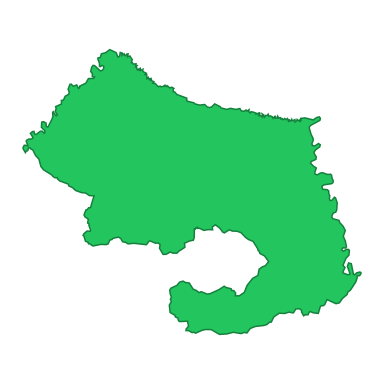 the district of Makhoalipana, Maseru, Lesotho
{"feature_id": "5366337B32036214751587", "entity_name": "Makhoalipana", "entity_type": "district", "adm_level": 2, "iso_a3": "LSO", "parent_name": "Lesotho", "parent_adm1": "Maseru", "projection": "natural_earth1", "projection_center": [28.011, -29.76], "detail": "fine", "context": "isolated", "style": "filled", "palette": "green", "viewbox_px": 384, "rotation_deg": 0, "n_neighbors": 0, "source": "geoboundaries", "source_scale": "gbopen_adm2", "svg_char_len": 5928}
<svg xmlns="http://www.w3.org/2000/svg" viewBox="0 0 384 384"><path d="M176.9,253.2L178.7,251.3L184.9,247.3L184.5,243.3L189.1,241.1L193.4,240.2L194.2,237.5L194.4,228.8L195.4,229.1L195.9,227.9L196.8,228.1L197.2,227.4L197.8,228.4L199.1,228.1L203.8,230.4L208.1,229.6L212.6,229.8L212.3,227.0L215.4,224.8L219.7,228.1L222.7,232.1L224.4,232.9L229.3,229.8L232.4,231.1L236.9,231.2L241.1,232.7L245.5,237.4L248.6,239.6L253.0,241.3L257.4,248.2L258.3,250.8L259.2,251.1L259.9,253.5L264.5,255.9L268.6,261.6L265.4,265.7L262.4,266.8L259.1,269.2L257.9,275.5L252.6,278.4L247.1,285.4L244.3,292.4L239.3,295.8L235.4,295.8L235.6,293.0L233.8,290.6L231.6,290.4L231.1,288.7L226.0,287.5L224.2,286.2L219.0,289.6L210.3,293.6L207.4,294.1L201.1,291.7L199.0,292.6L196.4,290.5L193.1,289.1L189.3,283.0L185.5,282.5L183.0,281.1L179.6,282.1L176.9,285.4L171.0,288.1L169.8,289.9L170.1,293.5L171.4,297.3L170.4,299.1L171.3,301.7L169.3,305.1L170.1,312.5L175.0,315.3L175.3,316.9L177.9,318.1L178.5,320.8L179.7,321.6L187.5,321.2L188.5,326.3L186.2,328.9L186.0,330.6L188.8,330.7L192.0,332.6L194.2,332.3L195.6,333.2L202.1,330.3L205.7,329.5L211.2,329.6L219.5,334.4L227.0,333.9L233.4,332.3L241.2,333.6L244.2,332.4L246.9,333.0L250.2,328.6L251.6,327.9L255.6,326.4L263.8,325.5L266.8,324.6L269.7,322.1L271.3,322.1L273.8,316.9L279.3,313.2L284.7,313.5L289.1,312.1L292.8,312.9L293.5,312.8L295.8,309.0L299.3,308.7L301.5,310.2L301.6,312.1L303.6,315.8L305.3,314.7L307.9,314.9L309.3,312.1L310.5,311.6L313.0,312.8L318.3,313.4L320.2,306.9L321.0,305.7L323.0,305.8L324.7,304.7L327.0,299.6L336.0,303.7L339.3,302.9L342.5,298.4L347.0,294.6L347.9,291.9L350.2,290.4L352.8,286.6L355.9,281.7L357.2,277.7L356.9,276.0L359.7,275.6L361.0,273.6L360.9,272.5L359.8,272.0L356.6,272.9L354.6,274.7L353.5,274.4L351.3,263.7L348.6,262.9L347.4,266.2L350.0,273.8L349.5,274.5L347.3,274.6L343.2,273.0L342.8,272.2L345.0,267.5L343.0,265.4L346.0,258.2L348.9,255.2L349.4,250.5L348.7,249.5L346.4,249.3L343.5,251.2L341.6,250.0L342.7,247.9L345.6,247.9L346.5,246.9L345.3,240.9L343.3,236.4L345.3,230.5L343.2,226.4L339.8,222.6L339.0,220.4L332.9,218.7L331.9,217.3L332.0,215.5L333.4,213.0L335.8,212.1L336.7,210.1L337.2,202.9L335.5,197.9L334.4,197.2L331.9,200.4L330.0,200.4L329.4,198.7L329.8,195.8L328.8,193.6L328.7,191.0L327.4,189.7L322.6,189.2L321.9,186.2L324.2,184.8L331.6,183.7L333.0,182.6L333.2,180.7L332.0,178.1L331.6,175.2L330.5,174.2L327.7,174.5L322.5,172.7L320.4,173.0L317.5,174.8L315.1,174.2L314.8,172.5L316.3,168.0L313.2,166.0L310.6,163.1L311.2,161.5L315.9,159.4L316.3,157.0L314.1,153.3L314.1,152.0L315.8,149.7L319.7,146.9L320.3,144.8L318.5,143.5L314.8,146.0L312.3,145.5L312.0,143.2L313.2,140.6L313.1,138.4L311.1,134.4L309.1,127.5L310.6,125.4L319.9,120.4L320.4,118.4L319.4,116.9L316.9,117.4L313.2,119.9L305.0,117.9L300.6,118.4L301.1,120.2L300.1,121.5L299.7,121.2L299.9,119.9L298.8,120.8L297.1,119.4L296.8,120.7L295.0,121.9L294.9,119.6L292.9,120.6L292.1,120.5L291.7,119.3L290.9,120.8L288.5,121.5L288.3,120.9L290.1,119.8L288.3,120.0L287.5,118.5L286.1,119.6L284.8,118.5L284.2,119.4L282.8,119.6L282.5,118.7L280.9,119.1L280.6,117.6L278.6,118.0L277.7,116.2L277.1,118.2L274.8,118.0L275.5,116.6L275.0,116.2L273.0,118.3L272.3,116.8L270.5,115.9L268.9,116.3L268.2,114.2L267.2,115.5L265.5,115.4L264.4,117.3L263.6,116.4L263.7,114.9L262.3,114.0L262.9,115.3L262.1,117.1L261.1,115.5L259.0,115.8L258.6,115.2L260.0,113.7L259.3,112.8L256.0,114.1L256.0,113.1L253.6,112.2L251.0,111.7L250.1,112.9L248.8,111.6L249.0,109.7L247.0,111.1L246.0,110.0L243.8,111.3L241.2,110.8L239.9,108.5L235.7,109.4L230.6,108.3L226.8,109.4L220.9,107.9L220.2,106.7L214.7,103.9L211.7,106.9L210.0,107.5L207.4,107.1L204.7,104.5L199.7,105.1L194.9,103.9L193.9,102.8L186.9,101.1L186.7,98.1L176.9,94.5L174.8,92.0L173.3,91.7L173.2,89.1L173.9,88.4L171.8,87.2L169.8,87.9L167.2,85.7L166.7,86.5L166.0,85.9L165.2,86.3L164.9,85.2L163.1,86.5L160.7,86.7L160.2,86.1L158.2,86.7L155.1,83.4L152.9,83.2L153.9,81.7L150.3,80.1L151.4,79.4L151.1,78.4L148.9,79.1L148.4,77.4L147.0,78.6L146.7,74.7L145.2,74.6L146.4,73.3L143.4,71.8L142.6,70.2L142.9,69.3L140.4,70.5L140.3,68.3L138.3,69.3L138.8,70.1L137.0,69.6L136.7,67.5L135.6,67.0L137.1,65.5L135.8,65.2L136.0,63.8L133.4,64.1L132.3,62.7L131.3,62.6L132.3,59.7L129.9,56.0L127.5,56.8L128.1,53.9L126.8,54.1L125.7,55.6L124.8,55.5L124.1,53.8L122.1,55.4L122.3,53.1L120.2,52.5L119.8,55.4L118.9,56.8L117.8,56.9L116.2,52.7L109.8,49.6L105.6,52.7L101.4,53.8L100.2,57.6L98.1,57.8L97.8,58.9L99.4,63.1L99.5,66.4L100.4,66.6L102.0,65.4L103.8,66.4L103.7,68.3L102.5,70.3L100.4,70.9L94.6,65.6L93.0,65.4L91.6,67.4L90.7,71.6L92.3,73.4L92.3,76.5L94.6,76.9L93.7,78.4L88.4,78.6L85.8,83.2L79.7,86.1L79.5,87.9L78.6,88.5L76.7,84.9L73.3,86.3L71.1,84.1L69.9,84.4L68.1,89.2L69.2,92.2L68.7,94.3L65.2,96.2L63.4,100.2L61.4,100.4L61.5,104.0L55.6,106.6L56.2,108.6L55.2,111.3L57.4,114.9L56.3,115.8L55.6,115.4L53.2,111.7L52.6,112.6L52.9,116.4L52.1,118.9L48.0,127.0L46.3,126.6L46.0,123.0L43.5,121.7L41.7,122.1L41.4,127.4L44.9,130.7L44.8,132.6L44.1,133.3L42.3,131.2L40.4,131.2L36.1,134.5L34.5,133.9L34.0,131.4L32.5,131.6L30.4,133.3L33.0,137.6L31.7,139.0L29.0,139.0L26.5,140.3L26.2,141.2L27.9,145.7L24.3,145.2L23.0,147.6L23.3,149.1L25.4,152.6L26.4,151.0L27.7,150.7L28.6,147.9L30.1,147.8L30.6,148.9L32.8,149.9L35.5,155.4L38.9,159.1L40.9,166.5L43.5,169.8L51.7,174.9L53.3,176.8L55.1,177.8L57.4,177.7L57.5,178.9L59.6,180.9L68.3,184.1L68.9,186.0L72.4,187.5L75.6,190.5L81.4,192.6L85.5,193.0L89.4,195.6L94.0,195.8L90.5,207.6L88.5,207.8L87.5,209.4L85.8,210.1L84.0,215.0L85.1,217.0L88.3,219.2L87.6,223.0L89.3,224.2L88.9,225.5L90.5,229.7L90.1,231.4L87.1,231.0L83.9,233.7L83.1,235.5L83.9,236.0L85.5,241.3L88.0,242.2L88.5,243.8L89.2,243.5L92.9,246.0L100.9,244.4L106.1,244.6L108.1,244.0L109.9,240.0L111.9,239.6L113.1,238.3L118.6,237.1L120.8,238.6L122.6,241.8L125.4,242.3L128.1,243.9L133.8,243.3L146.4,244.7L149.2,241.1L150.3,241.0L155.4,243.2L158.2,243.0L160.1,244.6L159.5,248.3L163.1,254.4L166.1,254.3L170.4,252.0L172.6,253.1L176.9,253.2Z" fill="#22c55e" stroke="#15803d" stroke-width="1.5"/></svg>